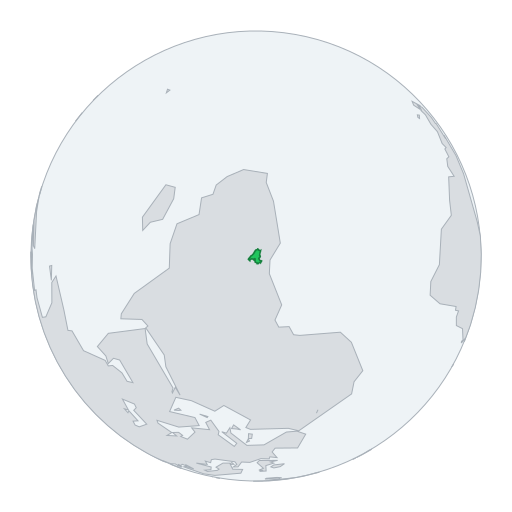 the Earth from above Bié, rotated 190°
{"feature_id": "AGO-1886", "entity_name": "Bié", "entity_type": "Province", "adm_level": 1, "iso_a3": "AGO", "parent_name": "Angola", "parent_adm1": "", "projection": "orthographic", "projection_center": [17.419, -12.443], "detail": "fine", "context": "on_globe", "style": "filled", "palette": "green", "viewbox_px": 512, "rotation_deg": 190, "n_neighbors": 0, "source": "natural_earth", "source_scale": "10m", "svg_char_len": 7844}
<svg xmlns="http://www.w3.org/2000/svg" viewBox="0 0 512 512"><g transform="rotate(190 256 256)"><circle cx="256" cy="256" r="225" fill="#eef3f6" stroke="#a8b0b8"/><path d="M125.5,72.4L123.7,73.6L122.7,74.4L125.5,72.4ZM36.0,207.7L35.2,212.1L38.5,206.2L37.6,209.5L40.0,220.3L46.6,222.3L48.1,230.7L47.0,237.1L50.1,237.2L50.2,241.0L66.5,240.9L77.7,247.6L79.4,261.2L73.9,279.3L78.1,314.6L70.7,330.0L75.0,344.4L80.0,367.4L74.7,368.9L82.7,377.5L85.0,384.9L83.3,387.2L88.6,394.2L87.6,395.8L92.2,399.1L98.9,409.9L106.6,416.1L113.7,424.5L118.8,427.9L118.4,428.4L120.2,430.6L123.1,432.8L118.2,431.2L107.4,422.9L102.2,417.6L101.6,417.7L89.6,404.4L91.9,407.7L76.5,389.6L65.9,373.1L44.2,328.4L41.0,320.7L38.5,314.6L34.5,297.0L31.9,279.2L30.8,261.3L31.1,243.3L32.8,225.4L36.0,207.7ZM129.1,435.4L120.0,432.4L123.9,433.4L119.6,428.8L126.9,431.9L129.1,435.4ZM119.6,423.1L118.8,419.8L120.6,420.6L121.6,423.0L119.6,423.1ZM325.0,41.6L329.1,43.0L330.6,43.5L328.1,42.6L343.4,48.4L358.2,55.2L372.5,63.2L386.1,72.1L399.1,82.0L411.3,92.8L422.7,104.5L433.3,117.0L442.9,130.2L451.5,144.0L459.1,158.5L465.6,173.4L471.0,188.8L475.3,204.6L478.5,220.6L478.6,221.2L477.7,216.2L473.4,199.0L476.1,213.8L479.6,231.1L480.9,248.3L479.8,240.3L478.0,225.1L476.4,218.6L474.3,205.2L468.1,183.7L466.8,184.5L464.4,176.8L455.7,158.5L452.4,159.6L448.9,174.5L452.5,194.4L449.5,201.6L435.8,169.4L428.3,150.1L424.2,150.3L409.4,132.8L386.4,127.0L382.4,122.1L378.2,123.3L367.7,117.6L361.2,110.2L355.2,109.9L372.2,129.9L378.6,130.5L382.8,124.4L386.5,131.5L396.5,139.3L388.0,154.2L352.6,165.3L347.9,150.5L314.8,111.6L315.2,107.8L315.0,107.4L314.5,106.6L312.7,112.7L306.6,105.8L325.5,131.2L329.2,142.6L352.1,166.1L350.3,168.3L357.3,173.7L378.2,170.7L378.6,175.7L369.4,198.0L339.3,229.0L342.7,253.2L339.4,274.0L319.3,286.9L319.7,303.8L309.1,309.3L307.5,319.0L298.2,329.2L283.2,339.0L259.1,339.3L258.7,330.2L248.3,313.0L234.3,272.9L241.5,254.5L239.8,240.9L222.2,212.3L226.2,196.2L221.2,189.9L211.1,192.2L205.3,185.0L199.1,185.4L159.7,195.6L147.1,187.6L130.9,161.6L137.6,149.2L137.9,136.8L183.5,91.3L194.3,91.9L231.4,84.3L236.2,85.3L232.9,93.6L261.7,103.2L269.6,96.0L294.5,102.3L310.4,102.9L314.1,87.8L288.1,86.3L282.5,79.1L302.4,74.1L325.0,77.0L323.5,74.4L308.3,67.5L312.5,63.8L302.9,65.0L307.5,67.7L301.6,68.9L297.1,66.6L298.8,65.2L291.7,63.7L285.5,72.0L289.5,75.6L271.6,76.9L276.6,83.4L272.0,86.5L262.0,76.8L262.2,73.4L244.3,64.7L242.4,68.2L259.2,77.0L254.4,76.4L251.9,82.4L250.0,77.3L232.1,67.9L215.3,71.4L195.5,87.9L185.3,90.6L176.1,89.2L181.7,74.2L203.8,70.1L206.1,65.8L200.3,61.1L207.5,60.6L207.8,58.5L216.0,57.3L226.2,51.7L234.4,50.6L237.1,45.2L241.7,44.3L238.7,47.5L241.1,49.7L261.1,48.9L264.6,47.7L264.8,44.6L270.3,45.2L267.9,42.3L278.8,41.7L263.5,40.4L263.3,37.8L269.2,36.2L266.3,35.4L256.8,38.2L255.4,39.7L258.7,41.1L252.6,46.3L246.0,47.5L241.9,42.0L232.1,43.5L233.2,39.5L258.4,32.8L269.5,32.4L290.6,35.8L288.8,36.6L280.3,35.5L289.3,38.4L288.0,37.2L292.6,38.1L293.5,36.7L296.8,37.3L292.1,35.3L296.3,35.9L299.2,37.2L304.1,36.7L312.4,38.4L311.9,38.1L309.1,37.3L321.4,40.5L320.5,40.2L316.1,38.9L311.5,37.7L311.2,37.6L325.0,41.6ZM169.2,111.7L168.3,115.2L168.3,115.3L169.2,111.7ZM350.0,89.1L362.7,91.9L354.9,82.2L359.1,82.7L354.9,79.4L354.3,81.5L343.6,73.2L348.4,72.0L345.7,68.5L341.3,67.5L334.4,71.4L349.6,82.8L347.6,85.8L350.0,89.1ZM38.7,205.9L38.8,207.7L38.0,208.6L38.7,205.9ZM43.4,181.7L43.6,181.6L42.6,183.9L43.4,181.7ZM117.6,78.2L122.1,74.9L116.1,79.4L114.7,80.8L110.3,84.9L112.2,82.9L108.9,85.6L108.9,85.4L117.6,78.2ZM201.6,50.4L204.8,50.9L202.2,53.3L191.9,56.4L195.5,52.8L201.6,50.4ZM209.9,51.3L208.7,46.0L215.1,44.5L211.7,46.1L216.0,45.6L211.8,48.2L219.0,52.6L217.2,55.2L199.2,58.5L206.0,55.7L202.5,55.1L209.9,51.3ZM194.5,41.4L194.1,40.7L208.4,37.9L207.2,38.9L196.8,41.6L192.2,42.1L194.5,41.4ZM219.7,33.7L213.6,34.8L212.0,35.1L210.1,35.5L208.9,36.0L207.1,36.2L203.3,37.1L207.0,36.4L177.3,45.0L166.3,49.5L158.0,53.5L156.0,54.1L157.1,53.6L172.2,46.9L187.7,41.3L203.6,36.9L219.7,33.7ZM241.0,82.1L244.6,82.3L250.1,81.8L248.7,85.8L241.0,82.1ZM228.6,75.6L231.8,74.9L232.5,79.7L228.7,79.9L228.6,75.6ZM233.0,70.8L231.9,74.5L230.3,72.6L233.0,70.8ZM241.6,47.0L244.9,46.4L245.5,47.1L243.9,48.4L241.6,47.0ZM256.9,30.7L255.7,30.7L252.9,30.7L253.2,30.7L256.9,30.7ZM310.0,90.0L305.8,92.7L303.2,91.1L305.2,90.5L310.0,90.0ZM276.0,88.4L284.1,90.5L275.5,89.5L276.0,88.4ZM260.6,30.8L260.3,30.8L260.2,30.8L260.6,30.8ZM372.6,401.1L372.1,404.9L369.6,404.4L372.6,401.1ZM374.6,274.5L357.1,310.5L347.5,309.6L347.0,298.1L354.3,275.9L365.9,270.9L372.0,261.5L374.6,274.5ZM479.1,287.5L479.2,286.4L479.5,280.5L480.0,277.4L479.9,281.0L479.1,287.5ZM480.0,277.1L479.8,261.7L475.2,224.8L477.0,227.5L480.8,252.6L480.7,255.4L480.9,266.6L480.0,277.1ZM453.3,196.5L457.6,210.2L455.5,211.2L453.3,196.5ZM296.5,34.4L298.0,34.8L303.9,36.1L294.9,34.3L292.5,33.7L296.5,34.4ZM439.4,386.8L440.7,385.0L443.5,380.9L439.4,386.8ZM452.0,367.1L457.2,357.3L457.0,357.8L452.0,367.1Z" fill="#d9dde1" stroke="#a8b0b8" stroke-width="1"/><path d="M252.9,248.7L253.0,248.7L252.9,248.8L253.0,248.9L253.1,249.1L253.3,249.1L253.4,249.3L253.5,249.4L253.8,249.4L254.0,249.3L254.5,249.5L254.8,249.6L255.0,249.6L255.2,249.8L255.3,249.8L255.5,249.8L255.7,250.0L255.8,250.0L255.8,250.3L256.0,250.5L256.1,250.8L256.1,251.0L255.9,251.1L256.0,251.3L256.2,251.5L256.4,251.8L256.4,252.0L256.4,252.3L256.2,252.4L256.2,252.5L256.3,252.8L256.3,253.0L256.7,253.2L256.8,253.1L257.1,253.0L257.2,252.9L257.5,252.5L257.6,252.4L257.6,252.0L257.6,251.8L257.8,251.9L257.8,252.0L257.9,252.3L258.0,252.4L258.3,252.4L258.3,252.5L258.5,252.5L258.8,252.5L259.2,252.4L259.3,252.4L259.5,252.4L259.7,252.5L259.8,252.5L259.9,252.4L260.0,252.4L260.2,252.1L260.3,252.1L260.5,252.0L260.9,251.8L261.1,251.8L261.4,251.8L261.5,251.7L261.4,251.5L261.4,251.4L261.2,251.3L261.2,251.2L261.3,251.1L261.3,250.9L261.2,250.7L261.2,250.3L261.2,250.2L262.0,250.7L262.2,250.9L262.4,251.0L262.5,251.2L262.9,251.3L263.0,251.4L263.0,251.5L262.9,251.7L262.9,251.8L262.8,252.0L262.7,252.2L262.6,252.3L262.4,252.5L262.4,252.8L262.3,253.0L262.2,253.1L262.0,253.3L261.9,253.4L261.8,253.5L261.7,253.6L261.6,253.8L261.5,254.0L261.6,254.3L261.5,254.5L261.3,254.7L261.2,254.8L261.0,255.0L261.0,255.3L260.8,255.4L260.6,255.5L260.3,255.7L260.2,255.8L259.9,256.1L259.8,256.3L259.8,256.5L259.7,256.6L259.5,256.8L259.4,256.9L259.4,257.0L258.9,257.5L258.9,257.9L258.9,258.1L258.7,258.2L258.7,258.3L258.5,258.5L258.4,258.6L258.4,258.8L258.5,259.1L258.5,259.3L258.4,259.4L258.3,259.5L258.2,259.5L258.0,259.8L258.1,260.0L258.0,260.3L258.0,260.6L257.9,260.7L257.8,260.8L257.5,260.9L257.4,261.0L257.5,261.2L257.5,261.5L257.4,261.7L257.3,261.8L257.2,261.8L257.0,262.0L256.9,262.1L256.7,262.1L256.4,262.2L256.2,262.2L256.1,262.4L255.9,262.6L255.7,262.7L255.7,262.8L255.7,263.0L255.6,263.3L255.4,263.3L255.1,263.1L254.9,263.0L254.7,262.9L254.5,262.7L254.4,262.4L254.3,262.2L254.2,262.1L253.9,262.1L253.7,262.2L253.4,262.1L253.2,262.1L252.9,262.1L252.5,262.1L252.4,262.2L252.4,261.5L252.4,261.4L252.4,261.2L252.5,261.2L252.5,260.9L252.6,260.4L252.6,260.0L252.6,259.9L252.6,259.3L252.6,259.1L252.6,258.9L252.6,258.4L252.5,257.8L252.5,257.6L252.5,257.4L252.5,257.2L252.3,257.2L252.1,257.1L252.0,256.9L251.9,256.8L251.8,256.6L251.7,256.5L251.7,256.4L251.8,256.3L251.9,256.2L252.0,256.2L252.0,255.9L252.0,255.6L251.9,255.5L251.9,255.4L251.9,255.2L252.0,255.1L252.3,254.9L252.5,254.7L252.6,254.4L252.7,254.2L252.8,254.2L252.8,253.9L252.7,253.9L252.6,253.7L252.4,253.6L252.4,253.4L252.1,253.1L251.9,252.9L251.7,252.7L251.7,252.4L251.4,252.2L251.2,252.2L250.7,252.1L250.2,252.3L249.9,252.2L249.6,252.1L249.7,251.9L249.7,251.7L249.7,251.4L249.8,251.3L250.0,251.0L250.1,250.8L250.2,250.7L250.3,250.1L250.5,250.3L250.9,250.3L251.1,250.3L251.3,250.3L251.4,250.2L251.6,249.9L251.8,249.7L252.1,249.5L252.2,249.4L252.3,249.3L252.5,249.1L252.8,248.9L252.8,248.7L252.9,248.7Z" fill="#22c55e" stroke="#15803d" stroke-width="1.5"/></g></svg>